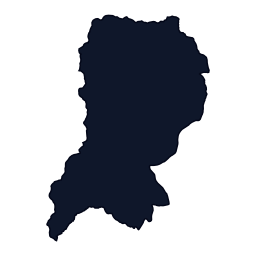 outline of Chiscas, Boyacá, Colombia
{"feature_id": "7082276B27697411735501", "entity_name": "Chiscas", "entity_type": "district", "adm_level": 2, "iso_a3": "COL", "parent_name": "Colombia", "parent_adm1": "Boyacá", "projection": "orthographic", "projection_center": [-72.39, 6.674], "detail": "fine", "context": "isolated", "style": "filled", "palette": "ink", "viewbox_px": 256, "rotation_deg": 0, "n_neighbors": 0, "source": "geoboundaries", "source_scale": "gbopen_adm2", "svg_char_len": 5689}
<svg xmlns="http://www.w3.org/2000/svg" viewBox="0 0 256 256"><path d="M92.7,21.1L92.0,22.7L92.2,25.4L92.1,26.2L91.5,26.9L90.4,29.3L89.6,32.3L89.1,32.7L88.5,34.3L88.1,36.2L88.2,37.2L89.2,40.1L89.2,40.5L88.4,41.6L88.3,42.7L86.7,42.9L85.6,43.3L85.0,43.6L84.0,44.5L83.2,46.4L79.1,48.9L78.9,50.9L79.3,51.8L79.3,52.6L80.1,53.5L80.9,54.0L80.9,54.3L80.4,55.0L80.3,56.7L80.7,58.3L81.0,58.8L80.9,59.6L80.9,61.3L80.0,63.7L80.3,65.1L79.8,68.8L79.5,69.8L79.1,70.5L79.5,70.5L79.9,70.9L80.5,70.8L81.2,71.0L84.0,73.5L84.7,77.1L84.6,78.7L85.3,80.4L85.3,81.3L85.6,82.6L86.0,83.6L83.1,87.8L82.1,88.3L80.9,88.3L79.6,88.6L79.0,89.4L78.8,90.9L79.0,92.5L79.0,94.1L79.5,95.3L79.9,95.9L81.1,96.9L82.4,97.7L82.9,98.9L83.3,99.4L85.7,101.1L85.8,102.0L86.5,104.0L86.3,104.7L86.1,107.1L86.5,107.9L87.6,109.1L87.8,109.7L87.7,110.8L87.3,112.1L87.7,114.3L86.4,118.0L85.9,118.7L85.2,120.6L83.9,122.2L83.8,122.8L83.8,123.3L84.7,124.6L86.0,126.1L87.3,129.0L86.6,130.7L87.1,136.7L87.3,137.6L87.2,139.0L86.9,140.2L86.3,140.9L85.3,141.6L82.9,142.7L83.4,143.7L83.5,145.0L83.5,145.8L83.2,146.2L81.7,147.1L79.2,149.6L79.2,150.8L80.1,152.2L80.2,152.7L80.1,153.2L76.4,154.3L74.1,154.7L72.0,155.6L69.7,157.4L68.3,159.7L66.3,162.0L65.8,162.8L65.6,163.8L65.6,166.7L65.1,168.5L65.3,172.0L65.0,172.7L64.4,173.7L62.1,176.4L61.9,177.5L62.0,177.9L61.1,180.0L58.6,180.4L57.8,180.9L55.4,181.5L54.4,181.9L54.1,182.7L53.1,183.4L51.9,184.7L51.1,186.2L51.5,187.7L51.4,189.9L50.9,191.5L49.6,193.8L49.4,194.7L49.3,195.6L49.4,196.4L50.0,197.7L51.5,199.4L52.6,200.1L53.3,202.0L54.7,203.8L55.0,205.3L55.1,207.0L54.8,209.9L55.2,211.0L55.3,212.5L54.0,213.8L53.3,214.0L52.5,214.6L51.4,215.9L51.0,216.6L51.0,218.3L48.4,220.9L48.0,222.2L47.2,223.6L47.0,224.5L47.3,225.1L48.2,225.5L48.8,226.0L49.1,226.5L49.9,228.7L50.0,229.9L49.5,232.4L49.8,235.5L50.0,236.2L50.8,237.1L52.3,237.7L54.0,238.7L55.3,240.1L56.5,240.6L57.2,238.2L57.3,237.2L56.6,236.4L57.1,236.3L57.6,235.4L58.9,234.5L59.8,234.4L60.0,234.1L61.7,233.4L61.7,232.3L61.8,232.2L62.7,231.5L63.5,231.3L63.9,230.3L64.4,230.0L64.9,229.4L65.8,229.2L66.3,228.7L66.4,228.1L67.4,226.4L69.3,223.6L70.3,223.0L70.6,222.5L71.3,222.3L72.3,220.9L72.6,220.8L73.1,221.0L73.5,220.1L74.2,219.3L74.7,215.9L75.3,214.9L75.5,214.9L75.7,215.2L75.9,215.2L76.5,214.4L76.6,213.7L77.0,213.4L78.0,213.3L79.4,213.0L80.9,212.2L81.4,212.1L81.6,211.8L82.1,211.7L82.2,211.4L84.5,210.5L85.2,209.7L85.8,209.5L85.8,209.0L86.3,209.0L88.1,207.7L88.1,207.1L88.3,206.9L89.3,206.6L90.1,206.8L90.4,206.6L91.1,207.0L91.9,207.1L92.8,206.6L93.5,206.8L95.0,208.0L95.5,208.0L98.4,208.0L98.9,207.7L99.1,207.1L100.5,207.2L101.5,206.8L103.6,207.4L104.1,207.8L104.6,208.7L104.7,209.4L105.5,211.2L106.8,213.0L107.8,213.5L108.6,213.6L109.4,213.4L112.0,213.5L113.3,216.6L114.6,218.3L116.0,219.6L117.8,220.4L119.9,222.2L121.2,222.5L122.2,223.3L122.7,223.4L123.3,223.4L124.5,223.1L125.4,223.3L126.0,223.7L127.8,225.8L128.3,225.9L130.5,226.9L132.1,226.6L132.6,226.9L133.5,228.1L133.9,228.2L134.4,228.2L134.7,227.3L135.1,226.9L136.0,226.9L137.1,227.7L138.1,229.3L138.6,229.6L139.1,229.1L141.7,225.0L143.1,222.6L143.7,220.7L144.9,219.0L145.2,218.8L146.2,218.7L147.3,219.6L148.4,221.1L149.1,221.5L150.5,221.2L151.3,220.4L151.5,219.6L151.4,216.5L151.6,214.8L153.0,210.3L152.8,207.9L152.2,206.2L151.8,205.4L152.2,204.9L153.2,204.5L156.2,205.0L156.5,205.3L157.8,205.6L159.3,205.8L160.2,205.5L163.2,205.6L164.7,205.3L167.9,204.6L168.8,204.2L169.0,203.9L168.8,202.0L167.5,196.4L166.6,193.7L166.0,193.2L164.8,191.6L164.5,190.9L162.6,187.8L157.6,183.2L155.8,180.7L155.2,179.1L154.6,175.1L154.3,174.3L150.2,169.7L149.6,167.9L149.5,167.1L149.6,165.9L150.0,165.5L150.6,165.3L154.0,165.3L157.0,164.9L158.9,164.3L160.6,163.5L162.6,162.2L164.4,161.6L165.9,160.4L168.0,158.5L169.3,157.1L171.4,155.5L172.1,155.2L174.9,153.2L175.9,151.6L177.7,144.1L177.8,142.7L177.6,140.7L177.6,139.2L178.1,135.5L178.8,133.6L180.3,131.2L182.0,129.3L188.7,124.9L189.4,124.0L191.7,122.3L194.4,121.0L195.6,120.5L196.3,120.4L198.2,120.5L199.2,120.2L200.2,119.2L201.6,115.5L202.2,114.3L202.9,112.1L203.0,110.1L203.2,109.0L203.1,105.4L204.0,102.2L204.9,100.1L204.9,99.6L204.7,99.0L205.1,98.7L205.6,97.9L205.9,96.7L205.9,96.1L206.3,95.7L206.3,95.4L206.8,94.4L206.8,93.8L206.0,92.4L205.7,91.6L205.9,91.1L205.8,90.4L206.3,89.7L206.2,87.7L205.6,85.8L205.3,85.2L204.8,84.8L204.5,84.0L204.5,82.7L204.6,82.0L204.1,81.2L204.2,80.6L204.6,80.3L204.4,79.6L202.9,77.0L201.7,75.7L199.7,74.0L200.3,73.4L203.0,72.4L203.9,72.2L205.3,72.3L206.2,72.2L207.7,72.5L208.6,72.3L208.9,71.9L208.6,70.2L209.0,70.1L208.2,68.0L207.6,65.3L207.1,62.5L207.0,59.9L206.3,57.4L203.8,55.3L203.0,54.9L201.0,54.4L199.9,53.8L199.1,53.1L198.7,51.9L198.6,51.2L198.0,50.8L196.9,49.1L196.5,46.1L195.8,44.0L193.8,40.7L193.7,39.3L193.4,38.7L192.5,37.9L188.6,37.2L186.4,36.6L185.2,35.2L185.1,34.3L183.7,33.5L183.2,32.8L181.1,32.6L180.1,32.4L179.9,31.7L179.2,30.8L178.4,28.9L178.8,27.9L178.5,27.3L178.3,25.8L178.6,24.8L178.2,24.1L178.2,23.6L178.5,22.5L178.4,20.4L178.9,19.2L178.6,18.6L178.0,18.1L176.0,17.0L173.7,16.8L172.6,16.3L172.0,16.3L170.4,17.0L168.8,17.2L167.4,17.1L166.7,19.0L166.1,19.9L164.4,20.4L163.9,21.5L163.2,21.7L162.5,21.5L162.0,21.6L161.0,21.3L160.0,21.9L159.3,22.7L157.4,23.1L156.4,22.6L155.9,22.6L155.5,22.2L154.9,21.8L153.4,21.6L149.2,22.4L147.4,23.2L145.6,22.5L144.4,22.5L143.6,22.3L141.7,21.0L140.6,21.4L137.9,21.6L136.4,22.5L134.9,22.3L133.6,20.9L132.5,20.1L130.6,19.3L128.7,18.8L127.8,18.2L127.1,17.2L126.4,16.9L125.0,17.5L123.8,18.3L123.2,18.9L122.3,19.1L119.0,18.3L117.3,17.0L116.7,16.9L116.1,17.1L115.3,17.0L112.8,15.7L108.5,15.4L106.0,15.7L104.9,16.2L104.1,16.8L103.0,18.2L102.8,19.0L101.6,20.0L100.2,20.1L97.9,18.7L96.6,18.8L95.5,19.0L93.4,20.2L92.7,21.1Z" fill="#0f172a" stroke="#020617" stroke-width="1.5"/></svg>